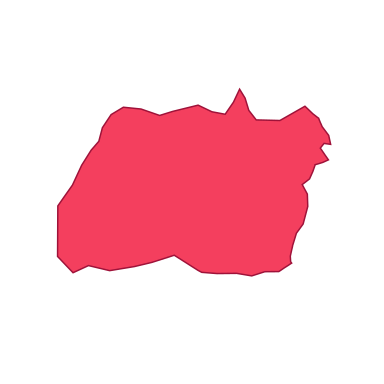 Dodjé, Logone Occidental, Chad (Albers equal-area conic projection), rotated 254°
{"feature_id": "50815135B21432441174008", "entity_name": "Dodjé", "entity_type": "district", "adm_level": 2, "iso_a3": "TCD", "parent_name": "Chad", "parent_adm1": "Logone Occidental", "projection": "albers", "projection_center": [15.491, 8.666], "detail": "fine", "context": "isolated", "style": "filled", "palette": "rose", "viewbox_px": 384, "rotation_deg": 254, "n_neighbors": 0, "source": "geoboundaries", "source_scale": "gbopen_adm2", "svg_char_len": 1173}
<svg xmlns="http://www.w3.org/2000/svg" viewBox="0 0 384 384"><g transform="rotate(254 192 192)"><path d="M292.4,149.4L288.7,135.6L278.5,123.6L266.4,116.4L260.0,106.6L248.1,93.3L231.6,79.0L222.2,67.3L215.6,59.2L167.1,45.0L147.2,55.4L149.8,72.2L139.1,91.2L137.9,101.6L136.2,116.1L135.4,134.0L136.1,157.5L115.0,176.2L112.1,179.2L106.7,193.6L101.5,212.5L94.9,226.3L95.3,240.1L91.6,253.4L91.6,253.6L92.3,255.8L93.7,260.0L95.1,264.8L95.2,265.0L96.2,268.2L97.8,267.6L103.2,268.8L109.1,272.0L111.4,273.3L113.2,274.2L113.9,274.7L123.6,281.0L130.6,290.0L146.2,299.3L158.2,302.3L165.0,300.8L168.8,300.0L170.1,303.4L172.2,308.6L178.4,313.8L184.2,317.9L184.3,317.9L184.3,321.5L184.4,325.9L184.6,327.3L184.9,329.3L185.3,332.0L191.1,330.0L197.2,328.0L198.8,327.4L202.3,332.3L199.6,338.4L208.7,339.0L218.7,335.2L218.9,335.1L221.5,334.8L223.4,334.5L223.5,334.5L226.3,334.2L227.5,334.1L228.0,334.1L229.0,333.3L229.1,333.2L229.8,332.7L233.9,329.7L239.6,326.4L243.3,324.2L236.5,296.2L243.6,273.6L254.8,269.1L267.6,268.9L277.7,266.1L266.9,256.6L257.6,245.3L263.6,233.3L273.8,221.8L274.8,195.6L274.5,182.0L285.8,165.9L292.4,149.4Z" fill="#f43f5e" stroke="#9f1239" stroke-width="1.5"/></g></svg>